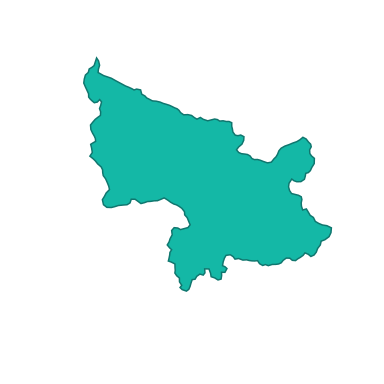 the district of Itambé do Mato Dentro, Minas Gerais, Brazil, rotated 23°
{"feature_id": "56859067B50923424143790", "entity_name": "Itambé do Mato Dentro", "entity_type": "district", "adm_level": 2, "iso_a3": "BRA", "parent_name": "Brazil", "parent_adm1": "Minas Gerais", "projection": "orthographic", "projection_center": [-43.352, -19.41], "detail": "fine", "context": "isolated", "style": "filled", "palette": "teal", "viewbox_px": 384, "rotation_deg": 23, "n_neighbors": 0, "source": "geoboundaries", "source_scale": "gbopen_adm2", "svg_char_len": 3628}
<svg xmlns="http://www.w3.org/2000/svg" viewBox="0 0 384 384"><g transform="rotate(23 192 192)"><path d="M326.6,204.9L329.0,202.3L329.9,198.8L329.7,194.9L330.8,190.6L330.1,186.8L333.0,184.0L335.6,179.6L335.8,175.1L334.3,170.5L329.3,170.3L324.9,171.4L320.9,171.4L317.0,170.9L313.7,168.0L309.9,167.3L307.2,165.3L303.9,162.9L300.9,165.3L298.3,162.3L296.8,159.4L296.1,156.0L294.4,153.7L291.3,153.4L288.2,153.9L284.2,154.5L281.3,152.6L278.9,149.6L277.9,146.1L278.8,141.1L281.4,141.8L284.5,141.6L288.2,139.9L290.5,136.4L290.1,133.2L289.4,130.4L291.5,128.7L292.6,126.1L292.7,122.6L293.4,118.1L291.5,113.2L287.9,112.1L285.4,110.5L283.8,107.2L284.1,103.8L282.5,101.6L279.7,100.5L276.4,98.6L272.7,98.3L270.9,101.8L268.7,104.8L265.7,107.5L262.9,110.4L259.5,113.5L256.9,116.9L255.9,120.1L256.0,123.9L255.6,126.8L254.5,129.4L253.4,133.5L250.1,135.7L245.9,136.0L242.3,136.1L239.5,136.5L236.8,137.8L234.1,137.8L231.3,136.1L228.4,135.8L225.6,136.5L222.6,137.4L219.6,137.4L216.5,135.8L217.3,132.4L219.3,128.4L219.4,124.2L218.2,120.8L214.6,120.5L212.3,122.2L209.6,122.8L206.2,120.8L204.5,118.1L202.9,116.0L201.5,112.7L198.5,112.6L196.1,113.7L192.8,114.3L189.8,115.9L187.1,115.4L184.3,116.0L181.4,118.2L178.7,120.3L173.9,120.7L170.6,120.1L168.1,123.0L165.1,122.6L161.7,121.7L157.9,122.4L154.2,124.2L150.5,123.4L148.1,121.9L145.7,121.2L143.1,121.3L140.2,121.1L137.4,121.0L134.1,121.3L130.8,121.7L127.5,121.7L123.5,122.4L119.9,123.6L116.4,123.3L113.5,123.1L111.2,122.0L107.5,121.6L104.8,118.1L100.8,118.9L98.8,120.7L96.2,120.4L92.4,120.3L89.4,120.4L86.4,120.1L81.9,119.7L77.6,119.3L73.3,118.8L68.9,119.1L65.2,119.4L62.6,119.1L58.9,118.7L57.9,115.7L57.4,111.4L54.7,107.8L51.8,105.9L52.2,110.4L52.5,113.9L51.2,116.3L49.3,118.9L49.8,122.5L48.2,126.0L48.7,130.1L49.8,134.0L52.9,137.0L55.8,139.6L58.4,142.0L59.8,145.0L62.1,146.3L64.5,147.2L67.2,148.0L69.7,146.2L70.9,143.0L73.5,144.4L74.1,147.9L74.3,151.4L76.6,153.9L77.8,157.3L76.1,160.1L74.5,163.0L73.4,166.4L72.4,170.0L74.5,174.0L77.5,176.7L80.2,178.7L82.2,180.6L83.5,183.1L81.9,185.1L80.1,187.7L82.3,190.6L84.8,194.6L84.0,198.9L87.9,200.0L90.8,201.1L94.2,203.0L98.6,204.4L101.0,206.5L102.2,209.0L103.9,211.6L107.3,213.6L110.3,216.4L113.1,219.2L115.1,222.0L113.4,226.4L113.1,230.3L112.5,234.1L115.5,238.3L119.6,239.4L123.8,237.8L126.6,235.7L129.5,233.2L133.9,230.8L137.2,229.1L139.2,226.3L138.9,222.4L142.4,220.9L145.9,221.7L149.5,222.6L152.5,220.3L154.7,218.2L157.4,216.9L160.6,214.9L163.6,213.5L166.1,211.0L168.7,208.3L172.7,208.9L176.5,209.8L180.0,210.2L182.5,209.9L185.4,210.2L189.0,211.0L192.8,213.1L194.2,215.9L197.6,217.5L200.5,220.4L203.1,222.9L202.2,226.3L198.9,228.9L196.1,231.1L193.0,230.7L189.5,231.8L188.3,235.4L190.5,239.1L190.1,243.4L190.4,246.9L189.9,250.4L193.1,252.1L195.8,253.1L195.3,256.2L196.1,258.8L196.8,262.2L197.2,264.8L200.3,264.6L204.4,264.9L205.8,268.0L207.2,270.7L207.9,273.3L210.7,275.1L214.0,276.1L215.6,279.6L219.0,281.9L218.3,284.6L221.1,285.7L225.6,285.4L227.1,282.9L227.1,279.6L226.7,276.6L226.4,272.6L228.9,271.1L229.3,267.8L231.3,264.5L234.8,264.1L235.5,261.4L233.7,257.8L237.7,256.2L240.8,259.5L242.7,262.5L246.4,262.2L250.3,262.8L252.8,260.8L251.9,257.2L250.5,254.4L253.7,253.1L254.1,248.8L251.5,247.9L248.9,247.9L248.0,244.1L247.7,240.2L248.1,237.0L251.8,234.8L255.1,235.4L257.8,237.0L260.9,235.0L265.4,234.8L268.8,233.1L271.5,232.7L274.0,232.0L276.4,231.1L279.2,229.6L282.2,231.6L285.8,232.0L287.9,230.1L291.0,230.0L294.2,227.3L297.2,226.0L299.9,224.4L301.8,222.3L302.6,219.3L304.6,216.0L307.9,214.7L311.0,215.7L314.1,214.7L315.4,212.3L317.2,209.9L319.0,207.0L319.8,203.9L323.4,203.9L326.6,204.9Z" fill="#14b8a6" stroke="#0f766e" stroke-width="1.5"/></g></svg>